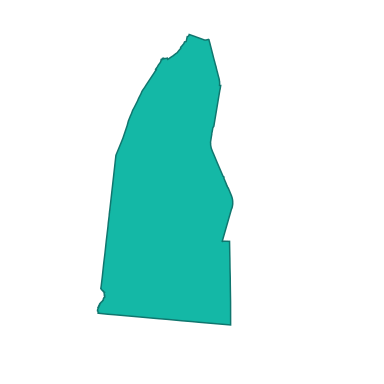 outline of Someren, Noord-Brabant, Netherlands, rotated 22°
{"feature_id": "6326949B17219588023251", "entity_name": "Someren", "entity_type": "district", "adm_level": 2, "iso_a3": "NLD", "parent_name": "Netherlands", "parent_adm1": "Noord-Brabant", "projection": "albers", "projection_center": [5.682, 51.386], "detail": "fine", "context": "isolated", "style": "filled", "palette": "teal", "viewbox_px": 384, "rotation_deg": 22, "n_neighbors": 0, "source": "geoboundaries", "source_scale": "gbopen_adm2", "svg_char_len": 4493}
<svg xmlns="http://www.w3.org/2000/svg" viewBox="0 0 384 384"><g transform="rotate(22 192 192)"><path d="M179.5,85.9L178.7,82.5L177.6,82.9L177.4,82.3L177.2,81.7L176.9,80.8L176.5,80.0L176.1,79.1L175.9,78.9L175.5,78.2L175.2,77.6L174.9,77.3L174.6,76.7L173.2,74.9L171.5,72.6L170.5,71.2L169.7,70.2L169.2,69.5L168.1,68.0L167.8,67.5L167.4,67.1L167.3,66.7L167.1,66.5L166.5,65.9L166.4,65.6L166.1,65.3L165.9,65.1L165.2,64.1L164.4,63.0L162.7,60.8L162.1,60.0L161.3,58.9L160.8,58.2L155.8,51.4L154.6,49.8L153.1,47.7L150.7,44.6L150.6,44.4L150.3,44.4L149.9,44.4L149.8,44.5L149.7,44.7L148.1,45.8L147.7,46.0L147.3,46.2L146.9,46.3L146.6,46.4L146.0,46.4L143.0,46.5L142.8,46.5L142.7,46.5L137.8,46.7L136.7,46.7L130.4,47.0L130.5,48.2L129.8,49.7L129.4,49.8L129.5,50.3L129.5,50.5L129.9,52.7L130.1,54.0L130.2,54.7L130.0,54.9L129.0,55.5L128.9,55.6L128.8,55.9L128.9,57.5L128.6,58.3L128.2,59.5L128.0,60.2L127.4,61.8L127.3,62.1L127.4,62.3L127.4,62.5L127.6,63.0L127.8,63.2L127.7,63.3L126.9,65.5L126.4,67.2L126.3,67.6L126.3,68.0L125.4,69.5L125.1,69.8L124.9,70.2L124.5,71.0L124.4,71.1L123.8,72.1L123.8,72.3L123.7,72.4L123.6,72.5L123.4,72.9L123.2,73.2L122.7,73.8L122.6,74.1L122.4,74.3L122.2,74.5L121.9,75.0L121.3,75.9L121.2,76.0L121.1,76.3L120.7,76.8L120.5,77.2L120.3,77.4L119.8,78.1L118.9,77.1L118.1,77.8L117.9,77.9L116.7,78.4L115.8,78.8L115.9,79.2L115.1,79.4L114.9,78.9L114.4,79.4L114.5,80.6L113.8,80.8L114.1,81.5L114.0,82.4L114.2,83.0L114.0,84.1L113.2,87.2L113.1,88.7L112.3,91.8L113.1,91.9L113.0,92.7L112.8,92.9L112.1,96.8L111.6,99.1L109.4,110.0L108.9,112.9L108.2,115.8L107.9,117.5L107.9,119.7L107.8,121.1L107.5,124.2L107.4,125.6L107.4,126.3L107.4,127.9L106.8,135.0L106.5,137.6L106.4,138.1L106.4,139.0L106.5,141.6L106.5,142.8L106.4,144.3L106.4,145.6L106.4,149.9L107.0,154.6L107.8,168.2L107.8,173.5L107.8,174.2L107.7,186.4L122.7,240.1L122.7,240.4L123.1,241.7L123.5,243.2L124.1,245.0L125.9,251.8L127.0,255.4L129.3,263.8L130.6,268.6L134.3,281.6L136.9,291.3L140.7,304.6L143.0,313.1L143.6,315.6L144.0,315.6L144.3,316.0L144.4,316.3L144.5,316.4L144.8,316.5L145.6,316.7L145.7,316.8L145.9,316.9L146.0,317.0L146.4,317.2L146.5,317.2L146.8,317.0L147.1,317.3L147.2,317.6L147.3,317.7L147.6,317.7L147.8,317.7L147.9,317.8L148.0,317.8L147.9,317.9L148.0,318.0L148.3,318.3L148.4,318.5L148.5,318.8L148.6,319.0L148.8,319.3L148.8,319.5L149.3,319.8L149.4,320.6L149.8,320.7L149.9,320.8L149.8,321.2L149.8,321.3L150.0,321.5L150.5,322.0L150.4,322.3L150.4,322.5L150.2,322.7L150.1,322.8L149.9,323.0L149.9,323.3L150.0,323.5L149.8,323.9L149.8,324.0L150.0,324.4L150.0,324.5L149.9,324.8L150.2,325.5L150.2,325.9L149.8,326.2L149.8,326.3L149.8,326.5L149.8,326.8L149.6,327.1L149.4,327.4L149.4,327.5L149.5,327.6L149.4,327.8L149.1,328.1L149.0,328.3L148.9,328.5L149.0,328.7L148.8,328.9L148.7,329.1L148.8,329.4L148.8,329.5L148.5,329.8L148.4,329.9L148.4,330.0L148.5,330.0L148.6,330.3L148.4,330.4L148.3,330.5L148.2,330.9L148.3,331.0L148.5,330.9L148.5,331.0L148.6,331.3L148.6,331.6L148.7,331.8L148.5,332.0L148.3,332.2L148.2,332.3L148.2,332.5L148.2,332.8L148.4,332.8L148.6,332.9L148.6,333.0L148.4,333.5L148.6,333.9L148.1,334.3L148.4,334.6L148.5,334.7L148.6,335.0L148.5,335.9L148.5,336.0L148.5,336.3L148.6,336.5L148.8,337.3L149.0,337.2L149.1,337.3L149.4,337.9L149.7,338.2L150.1,338.9L150.2,339.1L150.3,339.1L150.5,339.1L150.5,339.3L150.5,339.5L155.1,338.2L160.3,336.7L165.9,334.9L191.5,327.1L205.1,323.0L208.7,321.9L212.8,320.6L217.9,319.0L228.4,315.9L231.1,315.1L240.7,312.1L243.4,311.3L247.8,310.0L277.6,300.8L268.9,279.4L262.1,263.3L259.8,257.7L255.8,248.5L251.9,239.2L250.9,236.9L245.3,223.7L241.8,225.0L239.2,226.0L239.0,226.4L238.5,226.4L235.0,193.1L235.0,192.9L235.1,192.5L235.0,191.6L235.0,191.2L234.9,190.5L234.7,189.8L234.6,189.4L234.6,189.1L234.4,188.4L234.2,187.7L233.9,187.0L233.6,186.3L233.3,185.6L233.2,185.3L232.8,184.6L232.5,184.0L232.3,183.7L232.1,183.4L231.7,182.8L231.5,182.5L231.0,181.9L230.1,180.8L224.0,174.6L223.6,174.6L222.3,173.2L222.2,173.3L222.1,173.2L221.9,173.1L221.5,172.6L221.2,172.4L221.2,172.1L220.2,171.1L216.3,167.2L216.2,166.6L216.1,166.2L215.8,166.1L215.5,165.9L215.0,165.8L214.8,165.7L204.6,155.6L197.4,148.3L196.1,147.1L195.8,146.7L194.9,145.8L194.3,145.1L193.7,144.5L193.3,144.0L193.1,143.7L192.6,142.9L192.3,142.5L192.1,142.1L191.8,141.7L191.5,141.1L191.3,140.5L190.7,139.2L190.5,138.9L190.3,138.0L189.4,134.2L189.0,132.4L188.7,131.0L188.4,130.3L188.3,130.1L188.2,129.1L188.0,128.0L187.3,124.8L187.3,124.3L187.6,123.2L187.6,122.8L186.5,117.9L179.7,87.3L179.5,85.9Z" fill="#14b8a6" stroke="#0f766e" stroke-width="1.5"/></g></svg>